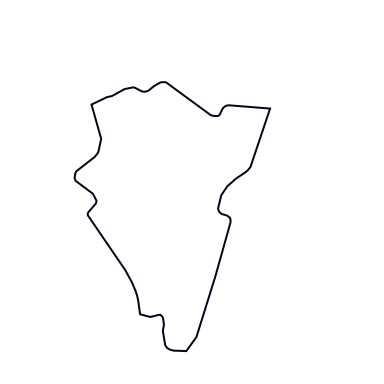 an SVG outline of Brent, rotated 56°
{"feature_id": "GBR-2062", "entity_name": "Brent", "entity_type": "London Borough", "adm_level": 1, "iso_a3": "GBR", "parent_name": "United Kingdom", "parent_adm1": "", "projection": "orthographic", "projection_center": [-0.26, 51.562], "detail": "fine", "context": "isolated", "style": "outline", "palette": "ink", "viewbox_px": 384, "rotation_deg": 56, "n_neighbors": 0, "source": "natural_earth", "source_scale": "10m", "svg_char_len": 1060}
<svg xmlns="http://www.w3.org/2000/svg" viewBox="0 0 384 384"><g transform="rotate(56 192 192)"><path d="M320.7,285.7L313.1,296.1L310.1,298.6L307.5,299.8L304.1,299.9L290.8,293.8L286.4,289.5L280.3,286.5L277.4,286.4L276.1,287.0L275.3,288.3L272.2,296.6L264.3,303.4L252.9,297.8L247.4,295.5L241.8,294.0L233.2,292.3L219.5,291.0L153.1,291.4L152.2,291.0L151.2,289.9L150.7,288.9L147.8,278.1L146.0,276.1L138.2,275.1L117.5,282.3L114.8,281.5L111.4,278.4L110.6,277.2L110.1,275.9L108.5,252.9L107.1,248.6L106.2,247.0L97.0,237.5L63.3,226.4L65.8,209.5L67.7,204.6L69.0,190.3L72.3,182.4L73.4,181.2L80.8,177.1L81.8,176.0L82.5,175.0L83.5,172.3L83.6,171.2L83.0,164.7L83.4,157.7L83.8,156.1L86.3,152.3L138.7,133.5L141.5,131.1L143.4,128.1L143.6,127.0L143.4,125.8L139.9,119.7L139.6,118.1L139.5,116.3L139.9,114.7L140.6,113.1L166.5,80.6L204.0,129.6L205.2,133.8L205.5,135.7L205.5,147.9L207.0,159.5L211.1,169.6L220.3,179.7L223.5,180.5L226.7,179.8L231.3,176.0L234.7,175.0L235.9,175.3L238.6,176.9L275.4,220.3L314.7,269.4L320.7,285.7Z" fill="none" stroke="#020617" stroke-width="2"/></g></svg>